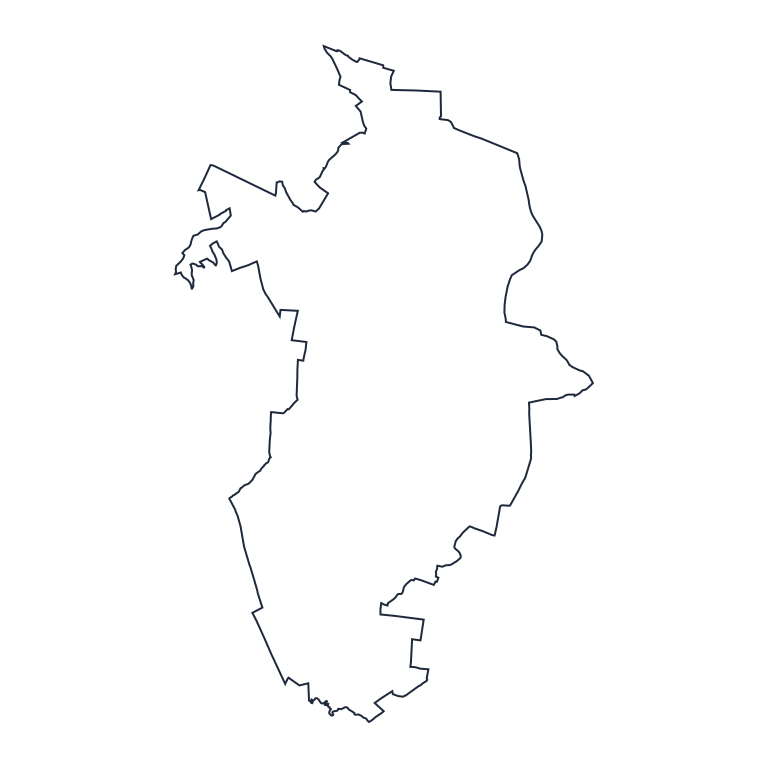 the district of Oteleni, Iasi, Romania
{"feature_id": "2599482B92750391134377", "entity_name": "Oteleni", "entity_type": "district", "adm_level": 2, "iso_a3": "ROU", "parent_name": "Romania", "parent_adm1": "Iasi", "projection": "orthographic", "projection_center": [27.012, 47.088], "detail": "fine", "context": "isolated", "style": "outline", "palette": "slate", "viewbox_px": 768, "rotation_deg": 0, "n_neighbors": 0, "source": "geoboundaries", "source_scale": "gbopen_adm2", "svg_char_len": 6092}
<svg xmlns="http://www.w3.org/2000/svg" viewBox="0 0 768 768"><path d="M229.3,498.6L235.2,509.7L235.6,511.3L237.6,515.9L240.5,526.1L244.1,546.7L249.5,565.0L250.4,567.2L253.2,576.5L257.4,591.0L257.7,593.1L262.4,607.6L252.4,612.8L256.3,620.4L264.2,637.8L271.2,653.9L285.2,683.9L287.7,678.6L288.5,677.7L299.4,685.4L308.3,683.3L309.0,700.6L309.9,700.8L311.4,703.0L312.2,703.2L312.5,702.8L312.5,702.3L311.4,700.7L311.6,699.6L313.3,700.7L314.4,699.8L315.4,698.2L316.7,698.2L318.3,699.2L320.9,702.9L321.6,703.4L323.1,703.4L324.7,702.4L326.1,701.1L326.9,701.2L327.0,701.5L326.6,702.0L325.0,703.6L324.8,704.7L325.1,705.1L326.3,705.0L327.2,704.0L328.2,703.9L327.8,706.0L328.3,706.7L329.6,707.2L329.5,707.7L329.7,708.3L330.9,709.1L329.5,711.3L329.2,712.4L329.3,713.4L330.5,714.9L331.5,715.5L332.5,715.5L333.1,715.1L333.2,714.5L332.4,712.9L332.4,712.3L333.3,711.4L336.9,710.8L337.5,710.4L338.3,708.8L340.5,709.1L342.1,708.8L344.7,707.4L346.4,707.2L347.5,707.7L348.7,709.4L354.2,712.8L354.3,714.0L354.6,714.4L355.5,714.7L358.6,714.5L361.2,715.7L363.3,717.5L366.2,718.6L367.4,720.4L368.9,721.9L369.7,721.7L373.4,719.0L375.4,717.2L381.5,713.1L383.7,711.2L374.7,703.0L380.6,698.7L392.3,691.1L392.8,694.1L398.2,696.1L402.9,696.7L403.6,696.5L404.5,695.7L405.4,695.7L418.8,686.0L420.5,685.3L422.2,683.7L426.7,680.8L427.0,680.4L427.2,679.1L426.7,678.4L428.4,669.3L419.8,668.6L417.7,667.8L413.7,667.0L410.4,666.9L411.0,661.1L412.1,639.2L420.5,640.4L423.7,619.6L393.1,615.7L380.5,614.5L380.4,609.3L381.3,603.0L384.2,604.6L387.5,605.5L387.9,603.2L393.7,599.1L395.3,597.6L397.5,594.5L398.5,594.0L401.4,593.9L402.3,592.8L402.9,591.5L403.6,588.2L404.4,586.4L406.4,584.0L410.8,580.2L412.3,580.0L413.8,580.4L415.1,578.5L421.0,580.2L433.8,584.9L435.5,581.6L436.9,581.8L438.4,577.7L435.8,576.5L436.2,574.5L435.9,571.7L437.1,568.8L437.2,566.2L437.4,565.7L441.9,566.6L443.1,566.5L445.7,565.3L449.5,565.1L451.5,564.4L457.2,560.8L460.4,558.0L460.8,556.6L460.5,555.1L459.7,553.0L458.2,551.2L455.2,548.7L454.4,547.5L454.3,546.7L455.5,542.1L455.9,540.7L456.5,540.3L457.1,539.0L459.9,536.5L462.9,532.6L469.5,526.4L471.5,526.9L474.2,528.2L482.6,531.1L492.2,535.1L494.6,535.5L496.6,526.7L500.1,506.5L501.4,505.5L503.3,505.3L507.7,505.7L510.0,505.6L518.3,490.8L521.6,484.1L525.4,477.3L530.8,459.5L531.1,457.5L530.9,455.4L531.2,451.2L531.0,446.2L529.2,414.0L529.3,408.6L529.0,402.6L545.9,399.1L556.9,399.0L561.0,397.6L562.6,397.3L565.7,395.2L568.4,394.6L574.3,394.6L574.6,396.0L579.5,393.4L582.7,390.2L585.1,389.8L586.9,388.8L592.9,383.1L588.9,375.7L582.8,371.2L580.1,370.6L576.1,368.8L572.2,366.9L569.3,364.8L567.4,361.2L566.2,359.6L562.1,355.9L559.4,352.7L557.3,349.0L557.4,345.9L556.8,344.1L556.4,341.7L553.8,339.3L547.0,336.2L541.3,334.8L540.4,330.5L534.2,327.4L523.1,326.5L505.9,322.0L505.7,318.7L504.4,312.5L504.6,304.9L505.5,297.5L507.6,286.7L510.0,279.3L511.8,275.2L519.5,270.1L523.1,268.4L524.5,267.4L527.4,264.7L530.2,260.8L532.3,254.8L533.7,252.3L535.5,249.5L538.3,246.3L541.6,241.6L542.1,237.3L542.3,234.3L541.4,230.5L539.7,226.7L533.1,216.3L531.5,212.9L530.0,208.3L529.2,203.9L528.6,199.5L525.4,185.8L523.7,181.3L520.4,169.4L519.7,166.2L519.1,159.1L517.2,153.2L481.3,138.5L474.2,136.2L459.0,130.2L453.8,127.9L453.5,126.8L451.4,122.8L450.4,121.5L447.9,120.1L439.7,119.1L439.7,117.5L441.0,116.3L440.6,91.7L416.5,90.5L391.4,89.9L390.4,83.5L390.5,81.8L391.2,76.4L393.8,70.8L383.3,67.8L383.2,65.3L359.6,58.3L359.4,59.2L358.5,60.5L357.3,61.9L356.7,62.0L352.5,59.8L348.6,56.9L348.0,55.8L345.9,55.2L340.3,51.0L337.6,50.2L337.5,51.0L336.8,51.3L323.8,46.1L324.5,48.6L327.1,52.8L330.2,55.8L332.0,58.2L336.7,67.9L340.5,76.7L339.5,80.2L338.9,84.8L350.1,90.0L350.1,92.2L356.0,95.2L357.8,97.4L361.9,101.5L355.8,105.9L360.6,111.6L362.8,121.5L364.1,125.5L366.3,128.7L364.7,133.5L362.3,132.6L359.7,132.8L342.9,142.4L347.7,143.0L348.4,143.7L341.8,144.1L339.0,147.0L338.4,147.7L338.2,150.3L337.3,152.1L335.1,154.7L329.1,159.9L327.9,161.8L325.9,166.8L325.0,168.2L323.5,168.2L323.8,169.7L322.5,171.2L319.9,176.9L318.3,178.3L316.1,179.5L314.6,181.9L319.8,187.5L328.1,193.3L319.1,208.4L315.7,211.5L311.3,210.3L308.4,210.7L306.0,211.6L303.9,211.0L302.8,211.7L297.7,207.2L293.4,204.8L293.1,203.7L290.3,199.8L286.1,192.1L284.9,188.4L282.9,185.4L282.1,181.7L279.2,181.4L277.6,182.4L276.7,182.4L275.9,193.3L275.3,195.6L213.3,165.5L210.5,165.1L204.2,178.9L198.6,190.2L200.0,189.9L205.1,192.1L211.1,219.1L219.3,214.9L220.5,213.8L226.0,210.8L226.0,210.2L229.6,208.3L230.8,215.6L225.2,222.1L223.5,223.0L221.4,226.4L220.0,227.3L217.0,228.4L211.3,228.9L204.4,230.1L201.4,231.3L197.6,234.6L193.5,235.7L192.4,238.0L191.2,241.5L190.7,244.1L189.6,246.4L188.5,247.7L184.9,250.1L182.4,253.1L184.4,255.3L183.1,258.5L180.9,261.4L176.2,265.9L175.7,269.2L176.0,271.9L175.1,274.2L180.9,272.5L181.5,274.4L183.1,276.7L184.2,277.8L185.2,278.2L188.0,280.2L189.9,282.6L191.1,285.3L191.7,288.6L192.1,288.6L193.3,286.5L193.2,283.1L193.7,280.0L191.8,275.5L191.7,273.2L192.1,270.5L191.4,267.3L190.5,264.6L192.5,263.5L193.4,263.7L196.0,264.6L197.9,266.3L201.4,266.1L202.8,266.7L203.8,267.6L204.2,267.5L204.2,266.9L202.3,264.4L200.5,262.8L199.9,261.9L207.1,258.6L208.9,260.1L213.3,262.6L215.4,265.3L216.0,265.3L216.8,262.7L216.4,259.4L214.4,254.6L212.5,251.5L211.5,248.8L210.0,245.8L213.1,243.3L216.0,241.7L216.8,241.4L219.1,246.8L222.0,249.5L223.4,253.3L225.8,257.1L229.2,261.6L231.9,271.1L239.9,267.9L247.9,265.3L256.8,261.4L258.2,266.1L260.4,278.3L263.3,289.4L265.7,294.2L267.5,296.6L279.7,316.5L280.5,309.9L297.8,310.8L294.3,326.6L291.7,340.2L306.4,342.0L305.6,349.6L303.8,357.5L303.3,360.7L297.9,359.9L297.4,370.0L297.3,378.0L296.6,395.8L297.6,399.8L294.4,402.8L288.8,409.3L287.5,409.1L284.1,412.8L282.9,413.3L271.1,412.1L270.8,416.0L270.7,421.9L270.5,422.9L270.3,429.2L270.6,432.8L269.8,440.0L269.2,452.1L270.1,456.4L270.7,457.2L269.7,458.1L269.1,459.2L268.2,462.2L266.3,463.2L264.6,464.9L263.9,465.6L263.9,466.0L261.2,468.7L260.4,470.4L259.9,470.9L257.1,472.7L255.0,474.6L254.8,475.5L252.3,480.0L248.6,483.7L244.0,485.5L241.8,487.7L240.6,488.2L238.7,491.8L234.5,494.8L232.9,495.5L232.4,496.3L229.7,498.0L229.3,498.6Z" fill="none" stroke="#1e293b" stroke-width="2"/></svg>